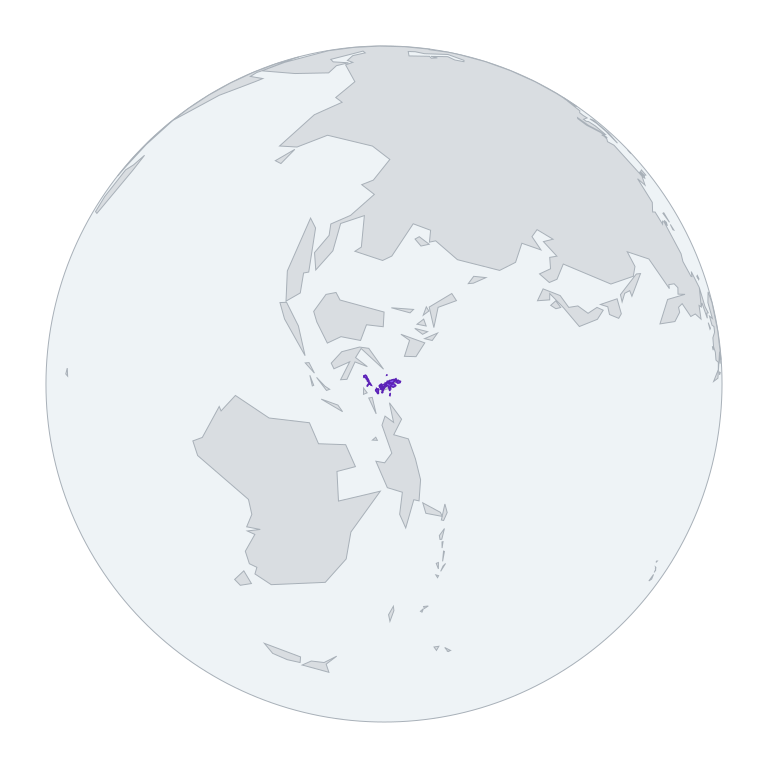 Maluku Utara highlighted on a globe, orthographic projection, rotated 56°
{"feature_id": "IDN-538", "entity_name": "Maluku Utara", "entity_type": "Province", "adm_level": 1, "iso_a3": "IDN", "parent_name": "Indonesia", "parent_adm1": "", "projection": "orthographic", "projection_center": [127.364, 0.08], "detail": "fine", "context": "on_globe", "style": "filled", "palette": "violet", "viewbox_px": 768, "rotation_deg": 56, "n_neighbors": 0, "source": "natural_earth", "source_scale": "10m", "svg_char_len": 12390}
<svg xmlns="http://www.w3.org/2000/svg" viewBox="0 0 768 768"><g transform="rotate(56 384 384)"><circle cx="384" cy="384" r="338" fill="#eef3f6" stroke="#a8b0b8"/><path d="M642.1,477.8L641.8,480.3L641.4,480.6L642.1,477.8ZM552.4,91.0L547.9,88.8L555.1,93.9L544.8,87.7L565.9,103.9L566.2,109.3L559.0,98.8L553.0,94.7L549.8,95.4L542.9,91.5L537.5,90.0L529.6,85.5L526.0,81.0L520.8,78.3L518.8,79.2L509.7,76.2L513.3,75.1L497.7,70.0L488.8,63.8L500.0,66.6L526.7,77.7L552.4,91.0ZM695.4,274.6L692.6,267.0L695.4,271.2L695.4,274.6ZM690.1,262.9L691.3,265.4L690.2,263.4L690.1,262.9ZM688.8,261.8L689.8,262.6L689.0,262.5L688.8,261.8ZM687.4,261.3L688.0,261.2L688.1,261.6L687.4,261.3ZM684.1,258.2L683.2,257.2L683.6,256.4L684.1,258.2ZM561.8,99.2L562.6,98.8L564.1,100.7L561.8,99.2ZM538.1,90.6L540.0,92.2L536.4,90.8L538.1,90.6ZM520.9,83.1L514.4,80.9L520.4,82.2L520.9,83.1ZM510.3,79.2L494.6,75.1L497.6,77.9L480.4,68.7L499.4,74.6L506.3,75.4L505.8,76.8L510.3,79.2ZM473.4,64.8L469.1,63.5L473.0,64.1L473.4,64.8ZM132.3,158.5L131.7,160.0L136.1,155.1L144.8,145.3L148.3,141.9L154.8,135.8L152.9,137.5L173.3,119.8L195.0,103.9L217.9,89.7L241.9,77.4L238.7,79.0L249.6,74.2L247.8,75.2L261.2,69.5L260.3,70.2L251.8,73.7L267.0,68.9L268.5,70.1L272.8,68.7L277.0,66.8L276.1,70.6L279.3,69.4L280.8,67.7L288.2,64.5L300.9,60.9L299.9,62.3L295.2,63.8L283.8,69.9L271.4,74.6L272.3,75.0L282.8,71.3L296.7,63.7L304.7,61.2L299.2,64.3L301.8,62.9L305.4,62.2L308.1,63.2L314.6,59.8L355.9,53.9L365.1,56.4L355.6,59.0L383.4,60.0L391.6,65.1L393.0,63.1L407.2,63.7L404.8,62.0L406.6,61.2L442.1,64.9L449.6,67.7L466.5,69.3L467.2,68.6L462.6,66.4L480.4,68.7L497.6,77.9L495.1,78.9L507.5,84.9L500.0,86.8L499.6,91.9L484.1,91.9L485.1,96.9L489.9,98.8L494.9,107.9L488.5,121.6L472.5,101.6L478.0,84.3L473.9,90.0L468.5,86.5L463.2,87.4L460.9,92.3L464.5,94.1L428.5,94.5L410.4,108.4L426.9,110.2L434.1,117.1L428.0,140.0L384.8,168.3L393.9,182.0L392.3,190.2L379.7,193.5L381.6,181.5L371.7,175.8L374.7,169.2L355.1,172.2L358.5,162.9L341.6,170.8L344.6,178.9L360.6,178.9L344.4,191.0L356.7,206.9L354.5,224.6L322.0,253.6L294.2,261.1L291.8,267.0L282.6,259.4L267.5,270.2L282.3,306.0L280.8,316.1L257.7,333.9L257.8,326.2L233.4,306.1L226.7,330.2L245.0,351.9L251.3,376.8L236.2,368.1L230.1,346.4L221.6,338.6L225.5,317.4L221.4,286.0L206.3,291.0L209.0,278.8L201.1,253.6L180.3,260.5L146.2,291.7L138.9,323.6L128.3,337.5L121.8,291.2L127.0,261.2L119.5,263.8L117.1,239.1L98.0,237.4L99.9,230.0L95.3,233.4L94.3,226.2L99.0,214.4L96.3,215.2L85.1,246.6L88.5,246.0L97.8,233.9L93.5,245.4L95.1,255.9L76.9,284.1L56.1,310.1L61.8,286.5L76.6,243.8L88.0,220.9L101.2,199.0L116.0,178.2L132.3,158.5ZM262.0,68.9L254.7,71.9L246.6,75.3L247.4,74.9L262.0,68.9ZM65.3,271.6L63.8,276.1L55.7,311.5L54.6,315.3L54.3,322.8L63.0,313.7L61.3,321.7L52.5,359.2L47.4,411.6L52.5,447.1L59.7,477.7L62.6,488.5L55.9,464.9L50.9,440.9L47.7,416.6L46.2,392.1L46.5,367.6L48.6,343.1L52.4,318.9L58.0,295.0L65.3,271.6ZM121.9,178.0L126.0,179.8L137.8,163.0L140.4,162.6L143.5,157.4L138.7,161.8L148.3,148.1L155.0,144.1L161.5,137.5L160.4,136.7L146.6,146.7L132.8,165.7L126.0,172.3L121.9,178.0ZM193.7,637.7L200.6,641.9L197.7,642.2L193.7,637.7ZM66.4,472.9L82.0,526.6L79.8,526.8L72.5,510.9L62.0,478.4L62.3,469.2L60.5,454.6L66.4,472.9ZM335.3,440.6L345.8,443.0L345.5,444.5L335.3,440.6ZM324.3,434.2L336.1,435.6L322.5,437.5L324.3,434.2ZM340.8,436.2L352.8,434.2L358.0,432.0L357.2,435.3L340.8,436.2ZM316.4,433.6L274.5,430.1L258.3,424.7L261.8,419.1L288.0,422.5L316.4,433.6ZM260.5,418.9L236.2,400.9L205.4,352.1L216.4,353.5L249.1,383.8L247.0,388.6L261.7,402.5L260.5,418.9ZM320.7,393.2L318.4,408.1L295.0,405.0L284.5,401.7L277.3,382.0L281.3,372.6L289.8,373.5L324.4,343.7L336.1,352.6L325.1,365.4L334.8,379.1L320.7,393.2ZM139.6,326.7L143.6,346.2L138.1,349.2L139.6,326.7ZM339.6,322.6L324.9,335.3L338.7,317.8L339.6,322.6ZM348.6,306.0L348.9,313.0L343.7,305.8L348.6,306.0ZM290.3,276.2L281.2,277.2L281.6,272.4L293.4,268.4L290.3,276.2ZM352.8,240.0L350.4,253.5L347.9,258.0L344.9,249.4L352.8,240.0ZM314.9,55.8L298.7,58.7L286.7,62.0L279.3,65.1L282.8,62.6L301.4,57.5L314.9,55.8ZM350.9,53.6L357.3,52.0L359.2,52.7L358.0,53.2L350.9,53.6ZM351.4,52.6L350.5,50.9L357.2,50.1L356.6,51.5L351.4,52.6ZM331.0,50.5L326.3,51.2L329.2,50.6L331.0,50.5ZM563.6,605.8L568.0,609.3L558.4,618.4L545.1,626.9L532.1,628.2L563.6,605.8ZM462.5,617.1L460.5,604.7L475.3,605.5L470.5,615.7L462.5,617.1ZM573.0,599.2L581.4,589.4L583.2,575.4L583.9,588.6L592.2,590.9L571.2,609.0L573.0,599.2ZM403.9,560.9L339.1,578.5L324.3,574.3L326.7,564.5L310.5,533.2L315.2,534.1L310.4,513.6L347.9,498.3L374.4,467.5L396.9,471.7L412.9,449.7L436.5,453.9L430.2,471.9L455.6,487.2L470.8,447.0L488.2,494.2L507.9,513.2L515.6,543.6L487.3,589.7L469.3,597.2L464.9,591.9L457.7,596.1L445.1,592.5L436.5,575.2L429.4,579.5L435.4,567.9L425.6,577.7L418.2,566.5L403.9,560.9ZM573.5,500.5L577.4,502.5L584.1,511.8L577.8,509.2L573.5,500.5ZM632.1,485.2L634.2,489.5L630.0,489.6L632.1,485.2ZM641.4,480.6L636.4,481.0L642.1,477.8L641.4,480.6ZM592.3,476.9L594.4,480.1L592.8,480.9L592.3,476.9ZM590.6,475.6L592.8,471.4L592.7,476.0L590.6,475.6ZM571.2,447.8L573.4,445.9L574.5,447.9L571.2,447.8ZM361.4,444.5L375.7,434.0L383.8,433.8L361.4,444.5ZM567.7,442.3L561.9,441.0L562.4,438.7L567.7,442.3ZM567.9,436.8L567.2,433.3L571.0,441.8L567.9,436.8ZM556.6,427.5L563.8,434.6L555.8,428.1L556.6,427.5ZM552.5,427.6L547.3,424.2L547.7,423.2L552.5,427.6ZM496.6,424.0L515.5,446.5L500.8,443.9L484.0,429.3L471.8,439.2L443.5,433.9L449.7,427.5L445.7,416.2L417.0,408.7L411.2,401.1L421.2,397.5L402.6,390.0L423.0,389.1L431.5,404.3L443.1,394.5L463.6,399.8L483.8,407.2L500.5,420.3L496.6,424.0ZM423.5,420.6L427.0,421.0L424.0,425.0L423.5,420.6ZM537.6,414.7L545.0,422.9L544.2,424.5L540.6,422.9L537.6,414.7ZM504.2,418.3L522.0,409.0L526.3,409.8L514.6,421.6L504.2,418.3ZM517.5,400.6L525.9,403.5L530.5,410.9L528.8,412.5L517.5,400.6ZM381.9,402.9L381.1,406.8L375.9,403.2L381.9,402.9ZM388.5,401.2L404.4,407.2L387.1,404.5L388.5,401.2ZM341.8,383.1L346.2,392.8L360.3,388.1L349.5,395.7L359.4,412.1L356.2,417.6L346.4,400.0L343.4,417.0L337.2,416.1L333.6,401.0L339.7,383.6L345.9,376.7L371.5,376.1L341.8,383.1ZM388.3,389.8L384.2,378.5L387.4,371.6L391.8,377.8L388.3,389.8ZM372.5,351.6L362.1,338.4L352.2,342.2L372.7,327.2L379.2,342.2L372.5,351.6ZM364.4,324.2L355.1,327.4L365.0,318.6L364.4,324.2ZM352.9,323.2L352.4,314.8L359.5,316.6L352.9,323.2ZM369.1,325.0L371.7,311.1L374.9,319.7L369.1,325.0ZM350.7,296.3L365.1,311.1L345.5,303.5L346.9,277.2L355.4,277.3L350.7,296.3ZM412.0,201.8L411.1,195.1L419.4,194.7L417.7,199.4L412.0,201.8ZM445.6,189.9L421.3,192.5L401.7,196.0L406.9,199.6L400.8,210.2L394.1,198.9L409.2,188.5L423.8,188.0L427.7,179.6L439.5,175.3L439.6,164.6L445.4,161.0L449.7,170.9L445.6,189.9ZM439.1,160.1L443.7,143.1L458.5,148.0L460.8,152.7L452.5,158.2L445.1,155.3L439.1,160.1ZM449.1,140.7L442.1,138.0L433.9,113.3L435.9,109.6L449.9,129.4L444.0,128.1L443.4,133.7L449.1,140.7ZM469.5,64.4L469.2,63.6L472.2,64.9L469.5,64.4ZM404.9,60.3L407.8,59.5L411.3,60.6L404.9,60.3ZM417.7,58.2L411.8,57.4L418.5,57.6L417.7,58.2ZM398.5,56.3L409.6,56.9L398.4,57.3L398.5,56.3Z" fill="#d9dde1" stroke="#a8b0b8" stroke-width="1"/><path d="M385.8,385.7L385.9,385.2L385.9,384.5L386.0,384.2L385.9,383.8L385.9,383.5L386.1,382.6L385.7,382.5L385.3,382.0L385.1,381.4L385.0,381.2L385.1,380.1L385.3,380.0L385.5,379.6L385.5,379.4L384.8,379.2L384.9,378.8L384.8,378.6L384.7,378.6L384.8,378.2L384.6,378.2L384.2,378.3L384.2,378.1L384.4,377.8L384.2,377.3L384.6,376.7L385.0,375.8L384.9,375.4L385.1,375.0L385.1,374.8L385.2,374.7L385.6,373.6L385.9,373.1L387.1,371.9L387.4,371.6L387.5,371.5L387.8,371.6L388.0,371.5L387.9,372.0L387.7,372.3L387.4,372.9L387.0,373.1L386.8,373.6L387.0,373.8L387.4,373.9L387.8,374.3L387.7,374.9L387.9,375.1L388.0,375.4L387.8,375.8L387.8,376.2L387.7,376.4L387.8,376.8L387.6,376.8L387.1,377.7L386.8,377.7L385.6,378.6L385.6,378.9L385.7,379.2L386.1,379.4L386.2,379.6L386.5,379.8L386.9,379.7L387.3,379.3L387.4,378.5L387.7,378.1L388.1,377.9L388.6,377.8L388.8,377.7L388.9,377.4L388.8,377.2L388.7,377.1L388.3,377.2L388.6,376.8L389.0,376.3L389.4,376.0L389.7,375.9L389.9,375.6L390.3,375.4L390.6,375.4L390.8,375.4L391.3,375.2L392.0,375.2L392.0,375.3L391.8,375.6L391.8,375.9L392.0,376.1L392.2,376.5L392.0,376.8L391.9,377.6L391.9,378.0L391.6,378.2L390.9,378.7L390.6,378.8L390.3,379.0L389.5,379.2L389.5,379.4L389.5,379.6L389.1,379.6L389.0,379.9L389.6,380.5L389.9,380.7L390.3,380.7L390.6,380.9L390.9,381.0L391.1,381.1L391.4,381.1L391.6,381.2L391.8,381.2L391.7,381.6L391.8,381.7L391.8,382.4L391.9,382.5L392.6,382.6L392.9,383.0L393.1,383.2L392.8,383.0L391.9,382.8L391.5,382.7L390.9,382.5L390.5,382.1L389.3,382.2L389.1,382.0L388.6,381.8L387.6,381.7L387.2,381.9L387.1,382.4L387.0,382.6L387.2,383.0L387.3,383.6L387.1,384.0L387.1,384.3L387.2,384.8L387.6,385.6L387.6,386.0L387.9,386.3L388.0,386.9L388.3,387.5L388.6,387.8L389.1,388.7L389.9,389.5L390.3,389.7L390.3,389.8L390.1,389.7L389.2,389.6L389.1,389.4L389.3,389.4L389.2,389.2L387.9,388.6L387.6,387.8L387.2,387.3L387.1,386.9L386.9,386.6L386.0,386.2L385.8,385.7ZM371.9,395.0L371.9,395.6L370.9,395.5L370.7,395.6L370.4,395.6L370.1,395.9L369.1,395.6L368.1,396.1L367.4,396.3L366.8,396.3L366.6,396.3L366.1,395.5L366.1,395.2L366.4,394.8L366.4,394.3L367.1,394.2L367.3,394.1L367.5,394.1L367.9,394.1L368.2,394.1L368.6,394.3L369.0,394.3L369.3,394.5L369.7,394.5L369.8,394.5L370.2,394.6L370.4,394.9L370.5,394.9L370.8,394.4L371.2,394.5L371.2,395.0L371.4,395.0L371.5,394.8L371.7,394.7L371.8,394.7L371.7,395.0L371.9,395.0ZM388.5,393.7L388.7,394.1L388.6,394.3L388.3,394.6L388.1,394.6L387.2,394.4L386.9,394.5L386.0,394.4L385.7,394.6L385.0,394.7L384.4,394.4L384.1,394.1L384.4,392.8L384.7,393.0L384.9,392.7L385.6,392.3L386.2,392.5L386.4,392.5L386.5,392.7L386.8,392.9L387.2,392.9L387.8,393.3L388.0,393.5L388.3,393.7L388.5,393.7ZM391.8,369.8L391.8,370.1L391.6,370.8L391.5,371.1L391.1,372.0L390.6,372.4L389.8,372.4L389.3,372.7L389.4,372.4L389.2,372.1L389.2,371.4L389.1,371.2L388.9,371.1L389.4,370.5L389.6,370.0L389.9,369.7L390.2,369.5L390.3,369.3L390.4,369.2L390.8,369.3L391.0,369.0L391.1,368.9L391.2,369.0L391.5,369.5L391.8,369.8ZM386.9,388.7L387.2,389.0L387.0,389.3L386.7,389.6L386.3,389.7L385.9,389.5L385.7,389.3L385.7,389.1L385.5,388.9L385.0,389.2L384.6,389.3L384.4,388.8L384.6,388.3L384.2,388.1L383.9,387.7L383.6,387.4L383.6,387.2L383.8,386.8L383.7,386.5L384.1,386.4L384.3,386.6L384.4,386.8L384.5,386.9L384.7,386.5L384.8,386.4L385.3,386.4L385.3,386.5L385.5,386.6L385.6,386.9L385.9,387.3L385.5,387.9L385.4,388.1L385.5,388.2L385.7,388.3L385.7,388.6L385.9,388.7L386.1,388.6L386.5,388.5L386.9,388.7ZM375.6,395.0L378.0,395.2L377.9,395.3L377.6,395.5L375.8,395.7L375.5,395.9L375.2,395.7L374.7,395.8L373.7,395.8L372.6,396.0L372.7,395.8L372.6,395.6L372.3,395.4L372.2,395.6L372.0,395.4L372.1,395.1L372.3,395.1L372.4,394.9L372.6,395.1L372.9,394.9L373.0,395.1L373.5,395.1L374.2,395.2L374.5,395.1L375.0,395.1L375.6,395.0ZM375.8,397.3L376.5,398.9L376.4,399.0L376.2,399.1L375.8,398.6L375.6,397.9L375.4,397.6L375.4,397.3L375.2,396.8L375.2,396.6L375.4,396.2L375.6,396.1L375.9,396.2L376.0,396.4L375.8,397.1L375.8,397.3ZM383.2,387.4L382.9,387.6L382.5,387.6L382.5,387.4L382.6,387.1L382.5,386.6L382.5,386.2L382.9,386.0L383.2,386.0L383.4,386.1L383.6,386.1L383.6,386.3L383.4,386.3L383.5,386.8L383.4,386.9L383.4,387.2L383.3,387.4L383.2,387.4ZM383.6,388.9L383.7,389.2L383.3,389.1L382.9,389.1L382.8,388.8L383.0,388.5L383.0,388.1L383.4,388.1L383.6,388.6L383.6,388.9ZM396.8,385.3L397.0,385.6L396.8,385.7L396.7,385.7L396.3,385.1L395.8,384.9L395.8,384.7L395.6,384.4L395.4,384.3L395.4,384.2L395.5,384.2L396.8,385.3ZM385.9,391.6L385.9,391.8L385.8,392.0L385.1,391.8L384.9,391.9L384.6,391.8L384.8,391.5L385.1,391.4L385.6,391.6L385.9,391.6ZM384.1,380.8L384.0,380.5L384.1,380.3L384.1,380.0L384.3,380.0L384.5,380.2L384.5,380.5L384.3,380.7L384.1,380.8ZM384.6,384.5L384.4,384.6L384.4,384.4L384.2,384.5L384.2,384.2L384.3,383.6L384.5,383.6L384.4,383.8L384.6,384.5ZM384.1,379.7L383.9,380.0L383.7,380.0L383.5,379.7L383.8,379.4L384.0,379.5L384.1,379.7ZM384.2,382.2L384.3,382.4L384.3,382.6L384.2,382.8L383.8,382.4L384.0,382.3L384.2,382.2ZM388.9,370.5L388.7,370.9L388.7,371.0L388.5,370.8L388.5,370.6L388.7,370.3L388.9,370.5ZM384.0,392.5L384.1,392.8L383.9,392.8L383.7,392.9L383.5,392.7L383.8,392.6L384.0,392.5ZM389.9,390.3L390.1,390.3L390.1,390.5L389.9,390.6L389.7,390.5L389.7,390.2L389.9,390.3ZM366.2,396.0L366.3,396.1L366.4,396.5L366.0,396.2L366.2,396.0ZM386.3,371.1L386.6,371.1L386.7,371.3L386.3,371.4L386.3,371.2L386.3,371.1ZM378.1,376.5L378.3,376.6L378.2,376.9L378.0,376.7L378.1,376.5Z" fill="#8b5cf6" stroke="#5b21b6" stroke-width="1.5"/></g></svg>